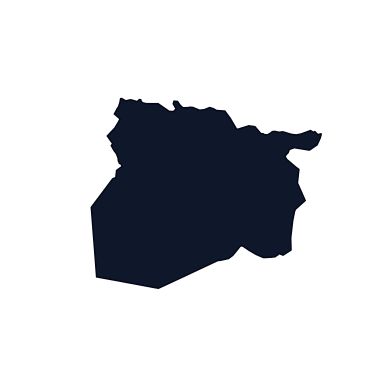 Sharg Al Jazirah, Gezira, Sudan, rotated 128°
{"feature_id": "16777658B60089924012173", "entity_name": "Sharg Al Jazirah", "entity_type": "district", "adm_level": 2, "iso_a3": "SDN", "parent_name": "Sudan", "parent_adm1": "Gezira", "projection": "robinson", "projection_center": [33.472, 15.011], "detail": "fine", "context": "isolated", "style": "filled", "palette": "ink", "viewbox_px": 384, "rotation_deg": 128, "n_neighbors": 0, "source": "geoboundaries", "source_scale": "gbopen_adm2", "svg_char_len": 1909}
<svg xmlns="http://www.w3.org/2000/svg" viewBox="0 0 384 384"><g transform="rotate(128 192 192)"><path d="M185.7,81.4L177.5,78.5L176.7,78.3L167.5,85.9L152.8,94.9L144.3,99.2L142.1,99.9L129.0,97.6L120.0,114.5L118.5,115.4L108.4,121.7L108.5,125.0L108.0,137.6L106.7,140.6L104.7,140.8L101.9,140.5L98.5,141.5L94.1,138.7L86.7,125.3L78.0,122.5L74.6,123.2L70.6,124.2L66.5,125.9L66.4,125.9L66.5,125.9L66.5,126.0L69.3,128.2L68.8,132.4L70.1,133.0L70.5,135.2L70.6,136.4L77.3,140.6L79.2,141.8L82.7,144.8L84.7,147.9L85.9,150.4L88.6,157.4L91.5,160.4L93.2,164.0L95.0,165.9L97.1,166.3L100.2,167.6L101.1,168.5L102.3,170.4L102.2,171.4L103.6,173.8L101.8,182.6L104.8,187.9L113.7,194.1L115.1,195.4L110.4,207.3L109.8,209.5L108.0,215.9L112.7,222.9L113.2,226.5L114.6,230.1L119.5,232.9L122.9,236.4L124.8,243.2L126.3,245.6L128.4,247.5L128.9,248.2L131.3,251.0L130.9,254.8L129.6,259.2L131.5,262.1L134.0,261.1L136.4,255.6L140.1,256.2L142.5,259.6L143.3,273.1L150.5,282.3L152.3,286.1L151.5,288.4L150.9,289.2L151.6,290.4L154.5,290.8L157.0,297.0L158.6,298.4L161.0,300.3L161.6,304.9L162.4,305.7L165.6,304.0L170.1,302.3L172.0,302.3L178.3,301.2L178.7,293.7L181.8,293.1L188.9,292.2L200.0,293.2L202.0,286.8L202.6,284.2L205.1,284.2L207.2,279.3L208.4,275.0L210.7,271.2L212.8,269.2L214.1,266.8L213.7,264.8L214.8,262.8L221.4,264.7L227.5,260.9L230.5,262.6L266.1,261.9L282.2,247.2L297.4,233.3L317.5,215.0L317.6,214.9L314.2,208.4L310.8,201.9L308.2,197.0L303.2,187.3L300.3,181.8L293.0,167.7L290.3,162.5L288.5,159.2L278.4,154.0L262.3,145.8L256.3,142.8L243.1,136.1L235.6,132.3L230.3,129.6L228.0,127.3L221.8,122.2L220.5,121.9L217.0,120.9L210.7,120.7L205.5,120.7L203.7,119.9L203.2,117.8L202.8,111.1L201.7,103.1L199.7,95.4L197.8,93.1L196.8,92.0L196.3,91.4L196.1,91.2L195.8,90.9L195.7,90.7L195.3,90.2L195.0,89.9L194.8,89.8L194.7,89.6L194.4,89.3L194.0,88.9L191.9,86.7L188.3,85.6L186.9,85.6L185.7,81.4Z" fill="#0f172a" stroke="#020617" stroke-width="1.5"/></g></svg>